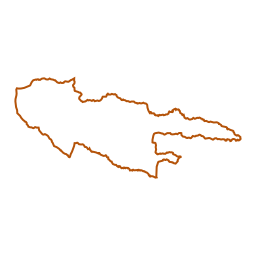 Kangema, Central, Kenya
{"feature_id": "3690345B7088366637447", "entity_name": "Kangema", "entity_type": "district", "adm_level": 2, "iso_a3": "KEN", "parent_name": "Kenya", "parent_adm1": "Central", "projection": "robinson", "projection_center": [36.916, -0.687], "detail": "fine", "context": "isolated", "style": "outline", "palette": "amber", "viewbox_px": 256, "rotation_deg": 0, "n_neighbors": 0, "source": "geoboundaries", "source_scale": "gbopen_adm2", "svg_char_len": 5886}
<svg xmlns="http://www.w3.org/2000/svg" viewBox="0 0 256 256"><path d="M240.6,138.9L240.3,138.4L240.4,137.1L238.4,135.3L237.4,135.2L237.1,135.6L236.6,135.6L234.8,134.4L234.5,134.0L234.1,132.6L233.6,132.3L233.4,131.2L233.0,130.8L230.1,129.8L228.6,129.0L227.5,129.3L227.1,128.8L227.1,127.8L226.2,127.1L222.0,126.2L221.6,126.0L221.1,125.0L219.6,124.0L219.0,124.0L218.9,123.4L218.4,123.0L216.8,122.3L213.8,122.5L210.4,121.6L209.2,122.1L208.5,122.0L206.3,120.9L204.6,121.1L204.1,120.7L203.9,119.9L203.6,119.5L202.4,119.5L202.0,118.8L200.8,118.5L200.4,118.0L199.3,117.6L198.4,118.0L197.2,117.8L194.9,118.8L193.3,117.9L192.2,119.0L190.0,119.6L188.8,119.2L187.5,118.1L186.9,118.2L186.4,118.6L185.9,118.6L184.5,117.6L183.7,114.9L183.2,115.2L182.6,115.2L182.1,114.7L182.2,114.1L180.3,113.0L179.7,110.8L179.1,110.5L178.9,109.7L178.4,109.4L177.0,109.6L176.2,109.1L175.8,109.7L175.3,108.8L173.9,109.4L172.5,110.4L172.9,110.9L172.9,111.6L172.5,112.1L169.9,111.9L169.3,111.5L168.8,112.2L168.5,113.6L167.3,114.4L166.0,114.4L164.9,115.0L163.7,115.2L163.4,114.8L162.8,114.7L160.7,115.2L159.7,114.9L159.4,115.2L158.8,115.2L158.5,115.8L158.0,115.4L157.7,115.7L157.0,115.3L155.9,115.4L155.0,115.0L155.0,114.5L154.5,114.3L153.8,113.3L151.2,113.3L151.1,112.3L150.7,112.0L149.7,112.1L149.5,112.5L148.4,110.5L147.5,107.7L147.2,105.0L146.9,104.4L145.8,103.5L144.3,103.3L143.4,102.7L141.8,103.3L140.4,103.3L139.6,103.0L138.3,103.4L137.8,103.2L137.3,103.5L136.7,103.0L135.1,102.7L133.8,101.5L131.6,101.5L130.0,102.0L128.0,101.1L126.6,101.2L125.0,100.2L123.6,100.0L123.1,99.5L122.2,100.1L121.6,100.0L120.2,98.3L119.6,98.2L117.6,97.3L116.6,95.9L116.4,95.0L115.4,94.5L115.0,94.1L114.0,94.5L111.8,93.9L110.7,94.5L109.3,94.5L108.6,94.5L107.9,93.7L106.8,94.7L106.8,95.4L106.0,96.7L102.8,96.7L102.4,97.2L102.1,98.3L101.1,99.7L100.2,100.5L98.9,101.0L97.5,100.5L94.7,101.2L93.7,100.1L93.2,100.0L91.9,100.9L90.6,100.3L89.4,100.1L88.3,100.4L87.5,99.9L85.5,101.4L82.6,102.0L82.4,101.5L81.2,101.0L79.2,98.8L79.2,97.9L79.5,97.0L81.4,94.9L81.6,94.5L81.4,93.9L80.2,92.6L79.2,92.6L78.3,92.0L74.8,90.9L74.6,90.4L74.4,87.7L73.4,86.8L73.0,85.7L73.1,85.0L74.3,83.6L74.5,83.0L74.6,81.7L74.1,80.5L74.2,78.4L71.6,79.9L71.0,80.0L69.1,81.4L68.2,81.8L65.2,81.3L63.9,82.2L63.6,82.8L62.0,83.0L61.0,82.8L60.5,82.4L59.2,83.0L58.4,82.8L57.2,82.3L55.2,80.3L54.7,80.4L53.4,79.7L50.7,79.2L49.6,78.5L48.5,79.3L47.4,79.5L46.0,79.3L44.5,78.4L43.3,78.4L41.8,78.7L40.0,79.9L39.5,79.7L38.9,79.9L38.2,79.3L37.5,79.3L36.4,79.8L36.0,79.5L33.4,80.2L32.9,80.6L31.6,82.3L30.2,85.3L29.8,85.6L24.2,87.9L21.1,88.5L18.7,88.6L16.9,88.3L16.3,89.6L16.6,93.5L16.4,95.4L15.5,99.1L15.4,101.5L16.1,107.2L17.1,110.1L17.3,113.2L20.1,115.9L21.2,117.8L23.1,120.0L24.5,121.0L24.7,121.5L25.9,121.9L26.7,123.0L26.7,124.2L28.0,125.5L28.4,126.7L30.1,127.3L31.3,127.3L33.1,128.1L33.7,128.1L35.1,127.1L36.6,127.6L38.6,127.6L39.2,130.4L42.0,133.8L43.1,134.6L43.8,134.6L44.9,134.1L46.7,135.0L48.1,136.1L49.5,138.6L51.1,139.6L51.8,140.9L51.8,141.7L52.6,142.7L54.1,146.1L56.6,147.1L59.4,149.0L60.3,150.2L60.9,150.3L61.0,150.8L61.5,151.0L63.1,152.7L64.7,153.7L66.4,154.2L67.5,155.3L67.9,155.3L68.5,156.6L68.9,157.0L69.6,157.2L70.0,156.7L70.7,154.2L72.0,151.7L74.1,146.0L74.6,143.1L76.1,143.1L77.1,142.7L77.7,142.9L79.0,144.2L81.1,144.5L82.6,144.3L83.4,144.7L84.4,145.9L84.6,146.6L85.1,147.0L86.3,147.1L87.1,147.8L88.0,149.2L89.2,149.0L89.5,148.5L90.2,150.1L90.7,150.4L91.2,151.4L92.0,151.9L92.4,151.6L95.9,152.4L98.5,153.5L98.7,153.0L99.3,153.0L100.5,154.6L103.5,155.9L105.3,155.7L105.7,155.3L106.2,155.5L107.0,157.2L107.7,157.6L108.2,157.5L108.4,159.3L109.0,159.5L110.5,161.2L111.7,161.6L111.7,162.1L112.9,164.0L115.0,164.9L116.1,164.9L116.9,165.9L117.8,166.6L118.2,166.3L118.6,166.8L119.3,166.1L119.7,166.1L120.2,166.5L120.3,167.2L121.7,168.2L122.3,167.9L123.5,168.3L124.0,168.1L124.2,167.6L125.3,168.2L125.7,167.8L127.5,167.9L127.8,168.3L128.3,168.1L129.5,169.2L129.9,170.4L131.7,170.2L132.2,170.5L132.6,169.9L133.1,169.7L134.0,170.3L137.3,170.1L137.7,170.5L138.2,170.4L138.0,169.9L138.6,169.8L138.8,170.2L139.3,170.4L140.0,170.1L140.5,170.5L141.6,170.3L143.3,171.3L143.8,171.1L144.8,171.5L145.3,172.1L146.6,172.4L148.4,173.9L148.8,175.1L149.2,175.6L149.4,175.2L149.9,175.4L150.4,176.5L151.4,176.2L152.0,176.2L153.3,176.5L155.4,177.6L156.6,177.4L156.3,176.7L156.7,166.7L158.1,162.3L158.5,161.8L162.8,160.6L163.0,159.8L163.6,159.5L164.7,159.6L165.1,160.0L165.7,160.0L166.7,159.4L168.5,160.3L168.8,160.7L168.8,161.2L169.6,161.9L172.1,162.2L172.4,162.6L172.9,162.5L173.8,163.2L175.6,163.6L177.7,161.3L177.8,160.8L177.6,160.3L177.9,159.6L179.1,157.8L180.7,157.0L180.6,156.6L180.1,156.4L179.2,156.4L178.1,156.7L176.7,156.1L175.6,155.1L173.2,154.2L172.9,152.8L171.7,152.3L170.8,152.4L169.3,152.1L168.0,152.7L167.4,152.8L167.0,152.5L165.3,153.8L163.4,153.7L162.9,153.4L160.8,153.9L160.2,153.5L157.7,154.3L157.1,154.1L156.8,153.5L156.0,153.1L155.5,152.2L156.1,149.5L155.7,147.1L156.0,145.3L155.5,143.2L155.0,142.8L153.2,142.7L152.5,142.4L152.5,139.8L153.4,135.5L154.1,133.8L155.2,133.2L158.6,132.6L160.8,133.1L161.3,133.4L162.6,133.5L164.3,134.6L164.9,134.5L167.3,133.1L170.3,133.1L171.0,134.1L172.1,134.4L174.3,134.2L176.0,133.7L177.4,134.2L179.1,133.0L180.7,133.0L181.3,133.1L181.5,135.1L183.0,136.6L184.7,136.8L186.5,137.9L187.7,138.0L188.1,137.7L189.3,137.7L190.4,138.2L191.1,138.0L192.8,136.0L194.4,136.4L195.4,136.3L196.1,135.7L196.7,135.8L198.3,135.4L199.3,134.7L200.5,135.0L201.5,136.0L202.5,136.1L203.2,136.4L204.0,137.2L204.8,138.3L205.3,138.6L209.1,138.0L210.0,138.2L212.8,139.6L213.4,139.5L214.5,138.5L216.1,138.2L217.7,139.2L219.0,139.0L221.1,139.5L222.9,139.2L224.2,139.4L224.7,139.5L225.4,140.6L226.0,140.7L226.6,140.4L226.8,139.6L227.3,139.2L229.7,139.8L230.3,141.1L231.1,140.9L232.1,139.5L233.1,139.0L234.2,139.1L235.6,139.8L236.0,140.7L236.9,140.5L237.5,139.7L238.0,139.8L238.5,140.4L238.9,140.4L240.0,139.7L240.6,138.9Z" fill="none" stroke="#b45309" stroke-width="2"/></svg>